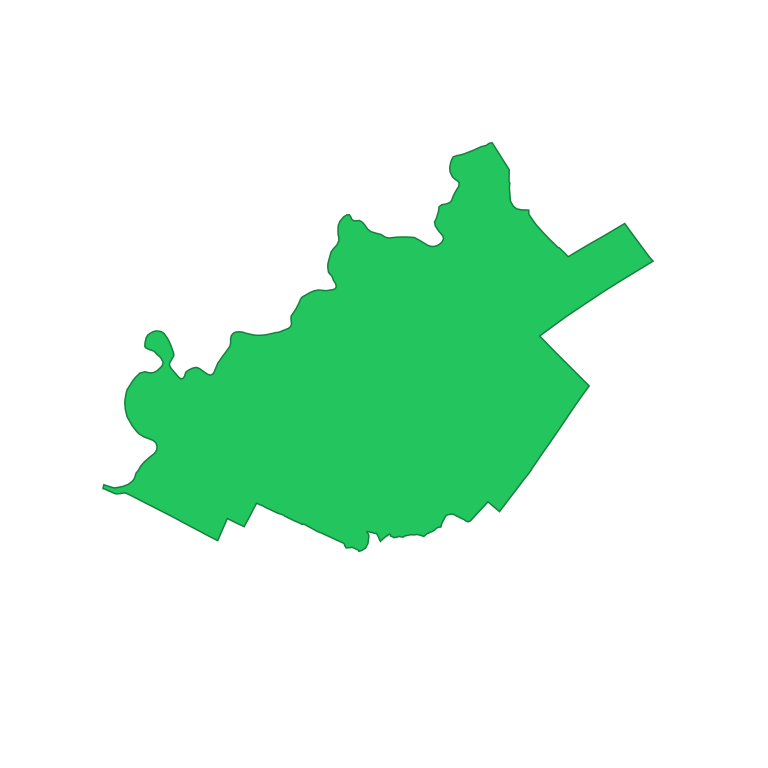 Poienarii Burchii, Prahova, Romania, rotated 147°
{"feature_id": "2599482B75025162272167", "entity_name": "Poienarii Burchii", "entity_type": "district", "adm_level": 2, "iso_a3": "ROU", "parent_name": "Romania", "parent_adm1": "Prahova", "projection": "mercator", "projection_center": [26.024, 44.76], "detail": "fine", "context": "isolated", "style": "filled", "palette": "green", "viewbox_px": 768, "rotation_deg": 147, "n_neighbors": 0, "source": "geoboundaries", "source_scale": "gbopen_adm2", "svg_char_len": 6142}
<svg xmlns="http://www.w3.org/2000/svg" viewBox="0 0 768 768"><g transform="rotate(147 384 384)"><path d="M448.2,244.6L447.4,244.6L445.6,243.8L444.9,243.6L443.4,242.8L441.7,241.6L440.2,240.6L439.6,240.4L438.6,240.0L438.1,239.7L436.3,237.7L435.6,237.1L434.7,235.8L434.3,235.4L433.9,234.7L433.7,234.6L433.4,234.5L432.9,234.5L430.0,235.0L428.8,234.9L428.2,234.7L427.7,234.6L426.7,234.7L426.1,234.6L424.8,234.2L424.4,234.1L423.2,234.0L420.6,234.0L419.4,234.3L418.8,234.4L417.4,234.4L416.0,234.1L415.8,234.0L415.0,233.4L414.5,233.2L414.1,233.2L413.9,233.2L413.7,233.4L412.6,234.7L411.3,235.6L410.3,236.2L407.8,237.6L405.1,239.1L404.0,239.6L403.4,239.7L402.7,239.7L401.9,239.6L398.8,238.4L398.1,238.0L397.7,237.8L397.4,237.6L396.4,236.2L395.8,235.3L395.4,234.4L391.7,228.2L391.2,227.4L390.9,227.1L390.6,226.3L390.0,224.8L389.6,224.0L389.1,223.2L388.4,222.6L388.1,222.4L387.8,222.3L386.4,222.4L386.2,222.3L386.2,222.2L385.5,222.3L361.0,228.5L356.6,214.1L336.8,221.2L333.6,222.3L316.9,228.3L312.7,229.6L307.0,231.8L306.5,232.3L296.3,236.4L292.1,238.3L275.6,244.9L260.7,251.1L236.0,261.6L223.2,266.7L213.0,270.6L223.4,319.5L227.3,339.5L194.2,341.3L168.6,341.7L161.9,341.7L150.7,341.9L129.8,341.6L91.4,340.5L92.2,345.4L93.0,357.0L94.2,377.4L94.7,387.5L123.2,388.7L132.3,389.3L147.8,390.0L158.5,390.3L160.3,390.5L161.1,395.3L162.8,402.6L163.7,403.7L166.6,416.7L168.0,424.1L169.4,432.8L169.8,436.7L169.9,440.2L170.1,447.1L169.6,448.2L168.5,449.8L167.9,451.1L173.8,455.1L177.3,458.6L178.7,462.6L178.4,468.4L172.1,480.1L169.0,484.1L168.7,486.0L162.3,495.5L161.9,527.4L164.6,528.6L168.4,528.4L173.2,530.1L181.4,531.3L192.0,533.5L194.9,534.4L198.1,535.7L202.1,536.8L205.1,535.3L207.3,533.5L209.8,531.1L211.5,528.9L213.1,525.7L213.8,520.5L212.9,517.1L211.7,514.1L211.4,511.7L213.8,508.9L216.7,507.7L221.1,505.4L223.4,504.0L225.6,502.5L227.4,500.9L230.4,500.4L233.8,501.1L237.9,502.9L241.3,502.6L244.5,498.9L250.5,493.9L253.4,492.4L254.9,488.6L254.9,484.8L254.8,481.9L254.4,479.8L254.3,478.0L254.0,476.0L255.0,473.4L257.7,471.6L260.5,471.1L263.2,471.0L266.7,471.9L269.4,473.6L271.8,476.5L273.2,479.5L275.8,484.9L278.8,490.4L284.5,494.6L290.1,498.3L295.2,501.2L297.1,502.1L300.8,504.0L303.0,506.6L305.1,511.1L308.1,514.3L312.0,518.9L313.4,523.0L313.5,527.6L314.0,531.2L315.4,534.4L320.3,537.1L321.3,539.6L320.8,542.3L320.9,544.8L323.0,546.1L327.0,546.1L332.0,544.6L336.0,541.9L338.8,538.1L341.0,534.5L342.1,531.5L343.9,528.7L347.9,526.2L352.5,525.1L356.4,523.6L359.1,521.3L364.8,516.1L366.1,514.7L367.7,512.3L369.7,507.9L369.4,505.0L369.0,503.2L369.3,500.6L370.0,498.6L369.9,494.4L371.2,491.3L373.3,490.5L375.7,491.1L381.6,493.7L387.6,498.4L391.4,500.1L396.4,501.0L401.8,501.3L405.4,501.5L408.0,500.5L410.8,498.5L413.9,496.7L416.7,495.0L420.1,493.6L425.0,491.5L426.8,488.9L428.6,485.2L429.9,483.8L432.0,482.8L433.9,482.7L444.0,484.7L446.4,485.9L449.1,486.9L454.3,488.8L457.5,490.2L460.7,491.9L465.0,494.7L467.8,497.3L471.9,501.5L474.7,504.9L477.3,506.8L479.7,508.2L482.4,508.7L485.7,507.7L488.2,505.3L490.0,502.3L492.6,499.6L499.4,496.9L503.9,495.3L509.8,492.8L511.6,492.3L518.0,487.9L520.2,486.3L522.5,485.6L524.8,486.0L526.6,488.2L528.0,491.4L530.3,497.4L531.6,499.3L533.1,500.6L536.3,501.6L540.4,502.1L543.9,501.8L547.1,499.1L549.4,498.1L551.7,499.1L552.6,502.4L553.1,505.8L553.8,511.1L554.0,512.8L553.9,516.1L552.4,518.4L547.7,520.7L544.9,522.2L544.3,523.1L543.6,524.6L541.8,532.1L541.0,536.8L540.7,540.5L541.0,546.4L542.2,549.1L543.7,550.6L546.3,552.7L549.3,553.6L552.3,553.9L555.5,553.7L558.3,552.3L562.1,548.6L564.2,545.7L564.0,543.7L562.0,540.7L559.1,537.0L558.6,534.8L558.4,533.0L557.9,531.1L557.1,529.0L557.0,526.6L557.4,522.6L559.4,520.6L561.9,519.6L567.2,518.7L570.7,519.0L573.6,520.3L575.4,521.9L577.8,524.5L582.9,526.1L588.8,524.9L592.8,523.6L602.6,519.1L605.4,516.6L609.4,512.3L611.4,509.8L614.9,503.3L617.3,496.3L617.9,486.5L617.7,483.1L617.1,477.7L616.5,475.4L614.1,470.3L610.4,465.4L608.2,462.1L607.3,458.6L608.6,454.8L610.5,452.5L614.2,450.8L620.1,450.3L626.7,449.3L632.7,447.7L636.7,445.5L640.5,444.3L642.5,442.6L643.7,441.5L646.4,440.0L649.7,439.3L653.6,439.2L659.1,440.4L666.5,443.5L668.8,445.9L673.8,452.1L676.1,449.9L676.6,449.3L675.1,447.6L673.5,444.8L672.7,443.7L671.8,442.5L671.2,441.5L670.4,440.1L669.7,439.1L669.1,438.4L668.2,437.6L667.1,436.9L665.4,436.0L661.1,434.1L660.4,433.4L659.6,432.8L659.3,432.0L657.2,428.6L650.4,416.8L648.4,413.2L647.0,411.0L639.1,397.2L633.6,387.7L628.9,379.1L623.5,369.3L618.8,361.0L614.5,353.1L608.8,343.2L588.7,356.5L582.7,346.5L579.0,340.5L569.9,345.4L561.9,350.0L555.8,353.4L554.6,351.6L551.8,347.4L551.0,345.9L550.6,345.0L544.4,335.0L544.2,334.6L542.5,332.3L540.9,330.5L540.0,329.1L539.5,328.4L539.4,328.0L539.2,327.3L533.6,317.9L530.9,313.9L530.3,313.0L530.0,312.5L529.9,312.2L529.7,311.8L529.2,311.0L528.3,310.7L528.0,310.3L527.3,309.8L526.6,308.6L526.2,307.7L525.0,305.6L523.7,303.2L522.9,301.7L522.1,300.2L521.4,298.8L520.8,297.8L520.3,296.8L518.6,294.3L517.4,292.9L516.9,291.8L512.4,284.8L508.4,278.4L505.0,273.1L504.6,272.4L504.5,271.9L504.6,270.9L504.9,269.7L505.0,268.9L505.0,267.2L504.7,266.9L504.3,266.6L503.6,266.4L503.4,266.3L502.7,265.8L502.0,265.4L501.4,265.1L500.5,264.8L499.9,264.7L497.8,261.4L496.3,259.1L496.0,258.4L496.0,258.1L496.2,257.4L495.1,257.0L494.2,256.7L493.1,256.6L490.7,256.4L489.7,256.4L489.0,256.5L488.4,256.6L488.0,256.8L487.4,257.1L486.9,257.6L486.3,258.0L485.8,258.1L485.3,258.3L484.7,258.7L483.7,259.6L482.2,261.5L480.0,264.0L479.5,264.8L479.1,265.5L479.0,266.3L478.9,266.9L478.9,267.5L479.2,269.0L478.9,269.2L478.3,269.3L478.0,269.1L477.4,268.4L476.6,267.6L474.3,265.2L473.0,263.6L472.2,263.0L471.6,262.7L471.6,262.3L471.8,261.4L471.9,259.5L472.3,257.0L472.5,256.6L472.5,255.8L472.6,254.5L472.7,254.0L470.7,254.4L467.0,254.9L466.0,255.0L462.6,255.1L461.5,255.2L461.0,255.0L460.8,254.9L460.7,254.8L460.6,254.6L460.6,254.3L460.6,254.2L461.2,253.5L461.3,253.1L461.2,252.8L461.0,252.4L460.6,252.1L460.2,251.5L459.8,250.6L459.7,250.2L459.4,249.8L459.2,249.6L458.8,249.6L458.2,249.4L457.3,248.9L456.1,248.3L454.7,248.1L454.2,247.8L452.7,246.3L451.5,245.2L451.0,245.1L449.5,245.2L448.7,245.1L448.2,244.6Z" fill="#22c55e" stroke="#15803d" stroke-width="1.5"/></g></svg>